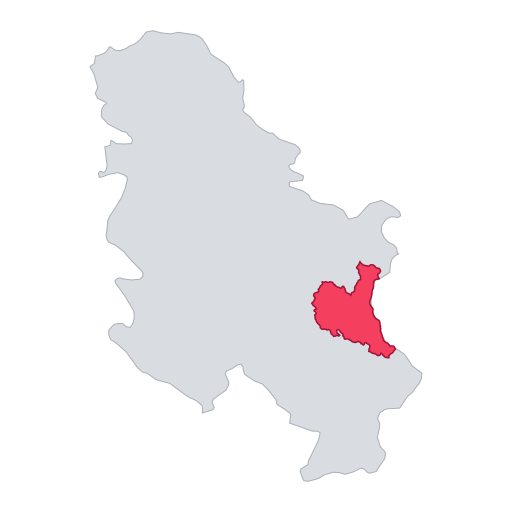 where Zajecarski sits in Republic of Serbia
{"feature_id": "SRB-844", "entity_name": "Zajecarski", "entity_type": "District", "adm_level": 1, "iso_a3": "SRB", "parent_name": "Republic of Serbia", "parent_adm1": "", "projection": "albers", "projection_center": [22.117, 43.747], "detail": "fine", "context": "in_parent", "style": "filled", "palette": "rose", "viewbox_px": 512, "rotation_deg": 0, "n_neighbors": 0, "source": "natural_earth", "source_scale": "10m", "svg_char_len": 9104}
<svg xmlns="http://www.w3.org/2000/svg" viewBox="0 0 512 512"><path d="M289.3,186.4L302.5,190.7L308.4,194.7L311.5,199.9L320.0,203.3L333.7,205.0L343.2,210.3L348.6,219.2L357.3,217.0L369.5,203.9L381.4,200.4L393.1,206.6L399.5,211.8L400.7,215.8L398.0,217.5L391.4,216.7L386.0,219.3L381.9,225.1L381.3,231.3L384.2,237.8L388.4,242.3L393.8,244.8L396.7,248.2L397.2,252.5L398.6,253.7L395.5,255.7L392.2,258.7L390.3,263.9L389.9,272.3L379.4,278.9L375.4,280.1L373.7,284.4L370.9,296.7L371.3,305.9L372.8,310.6L373.4,314.4L376.9,319.1L380.0,326.3L382.1,335.8L386.7,343.1L398.6,350.2L404.5,354.4L408.8,360.5L412.2,366.0L422.0,373.2L421.3,378.4L419.2,383.6L417.0,386.0L412.2,392.6L407.5,396.4L399.7,408.1L387.4,408.8L384.4,409.7L379.8,412.9L377.5,418.7L379.7,423.4L379.5,428.1L377.3,437.2L380.4,447.0L384.8,451.5L385.5,454.1L384.7,458.7L378.2,468.0L376.2,471.5L369.7,473.2L367.4,472.3L364.0,469.1L360.9,468.2L353.0,472.0L345.0,474.3L338.8,472.5L332.6,472.3L328.3,473.8L325.0,474.4L318.6,478.4L308.4,481.3L303.7,480.6L302.0,476.8L300.1,471.4L301.0,468.9L307.8,464.7L308.6,460.6L318.1,441.1L319.9,434.7L320.0,432.6L317.6,431.2L312.4,431.2L289.7,423.1L290.8,414.0L284.2,409.0L277.0,404.5L275.9,399.6L268.0,389.6L262.3,384.0L254.9,381.1L248.5,377.0L244.7,374.4L243.1,369.8L243.1,367.0L241.2,364.4L238.1,364.6L232.8,368.2L226.3,371.2L225.2,373.5L227.4,379.0L229.0,382.5L228.2,385.8L226.1,390.0L213.5,399.0L212.0,402.2L214.3,407.5L212.7,409.8L202.3,413.0L202.6,410.2L202.1,405.6L196.2,400.6L187.9,396.7L169.6,383.3L162.4,381.4L156.1,379.7L147.1,373.3L142.4,372.1L137.3,367.5L126.5,352.3L117.1,343.8L110.6,339.5L108.9,335.4L108.7,331.3L109.0,329.9L114.1,324.3L118.0,323.6L122.9,323.5L126.0,326.6L130.3,327.4L132.8,323.7L134.2,318.3L133.9,311.3L124.2,294.9L115.8,283.4L114.9,280.9L116.8,278.8L119.9,277.8L123.1,278.9L131.7,280.0L139.9,279.2L142.8,276.5L142.9,272.8L140.0,269.3L130.7,259.8L123.5,251.4L115.0,244.9L108.6,242.2L106.8,238.9L106.1,235.5L107.0,229.3L107.7,221.4L109.5,216.5L115.6,207.4L121.5,197.6L125.3,188.2L127.4,179.4L126.8,176.8L124.0,174.8L117.9,172.7L109.4,174.1L102.0,177.0L99.2,177.2L98.4,173.2L99.6,171.4L101.9,171.7L103.7,172.6L105.8,170.8L107.1,165.5L104.8,146.8L110.3,145.3L110.5,142.6L111.0,140.3L116.5,143.7L124.3,144.0L131.1,143.6L132.2,141.8L132.2,139.2L130.9,137.0L128.5,135.3L126.8,132.6L122.3,131.4L108.1,124.1L101.3,116.7L101.8,109.2L104.0,105.1L106.5,103.8L105.9,102.3L97.9,98.5L95.2,93.5L97.8,87.4L94.1,74.5L90.0,66.5L94.5,63.3L95.2,58.6L95.7,55.8L97.5,55.9L104.6,53.0L107.2,50.5L108.8,47.4L110.5,46.8L115.0,50.2L119.9,50.7L125.5,48.8L129.8,46.0L134.8,43.8L137.1,42.2L140.0,39.7L146.1,32.1L152.7,30.7L161.4,32.9L170.8,33.9L178.0,32.3L195.9,35.0L199.7,36.9L202.2,38.9L206.7,45.6L211.1,54.3L217.3,58.4L224.7,63.2L228.5,66.7L234.0,77.1L238.4,82.2L239.9,82.0L241.4,80.7L242.5,79.7L243.7,80.6L243.7,83.7L243.9,90.6L242.7,98.0L244.2,105.0L244.2,107.1L243.0,109.1L243.1,110.9L244.7,112.8L250.8,117.5L256.3,124.6L262.8,129.7L268.9,133.0L272.7,133.2L279.0,139.1L291.4,143.3L295.4,144.8L298.1,147.2L300.1,149.9L300.2,152.8L298.3,154.2L295.5,158.2L294.4,163.0L292.4,164.2L290.4,164.2L288.9,165.7L289.2,167.7L290.9,169.7L293.5,171.5L298.4,173.4L303.4,176.0L303.3,178.1L302.3,180.4L296.0,181.2L291.3,181.5L289.2,182.4L289.3,186.4Z" fill="#d9dde1" stroke="#a8b0b8" stroke-width="1"/><path d="M379.1,278.9L376.5,279.3L374.7,280.1L373.7,281.7L373.5,283.1L373.5,286.4L373.3,288.2L373.1,288.7L372.3,290.2L372.0,290.8L371.9,294.2L371.1,297.7L370.1,300.4L369.6,302.9L370.7,305.9L372.9,308.5L373.0,309.4L372.7,311.3L372.7,312.2L373.1,313.7L373.6,315.2L374.3,316.6L375.0,317.8L376.0,318.8L378.5,320.1L379.3,320.9L379.9,322.4L380.0,325.0L380.7,326.6L380.3,327.1L380.3,327.5L380.3,327.9L380.6,328.3L380.7,328.6L380.8,328.9L380.7,329.2L380.4,330.0L380.3,330.6L380.4,331.2L381.4,333.3L383.0,338.7L383.8,340.8L384.9,341.9L387.7,343.2L388.2,343.8L389.4,345.4L390.2,346.0L391.1,346.2L392.9,346.0L393.7,346.3L394.3,346.9L395.2,348.9L395.4,349.1L394.8,349.9L393.7,351.1L393.0,352.2L392.4,352.9L392.0,353.2L391.0,353.6L390.7,353.8L389.0,355.5L388.8,355.8L388.7,356.0L388.7,356.4L389.0,357.1L389.0,357.3L389.0,357.6L388.8,357.8L388.5,357.8L388.3,357.8L386.8,357.5L385.7,357.4L384.3,356.7L384.0,356.4L383.6,355.7L382.7,355.0L381.9,353.5L381.7,353.3L381.4,353.1L381.2,353.1L380.9,353.4L380.4,354.4L380.1,354.9L379.9,355.2L379.7,355.3L379.1,355.5L378.3,355.4L378.0,355.5L377.7,355.6L375.2,353.7L374.8,353.6L373.9,353.7L373.5,353.6L372.7,353.2L372.0,353.0L371.6,352.8L370.7,352.1L368.8,351.4L368.7,351.3L368.7,351.1L369.1,350.3L369.1,350.0L369.0,349.3L369.0,348.8L369.6,347.9L369.9,347.0L369.9,346.6L369.9,346.2L369.7,345.6L369.4,345.0L369.0,344.6L368.7,344.4L367.5,343.9L366.6,343.2L366.0,342.7L365.7,342.6L365.2,342.7L365.0,342.8L364.6,343.4L364.3,344.0L363.8,344.8L363.6,345.0L363.3,345.0L363.0,344.9L362.1,344.0L361.9,343.8L361.3,343.6L360.9,343.6L360.9,343.0L360.8,342.8L360.5,342.5L360.0,342.2L359.0,341.9L358.4,341.6L357.9,341.5L357.4,341.6L356.4,342.2L355.3,342.5L354.6,342.4L353.5,342.2L352.5,341.8L351.7,341.4L351.0,340.6L350.7,340.4L350.4,340.2L349.4,339.9L348.7,339.4L348.2,339.1L346.8,338.8L346.3,338.9L345.5,339.2L345.1,339.2L344.8,339.1L344.4,338.7L344.2,338.5L344.1,338.1L344.3,337.6L344.3,337.4L342.9,336.0L342.7,335.7L343.0,335.0L343.0,334.4L342.9,334.1L342.8,333.9L341.9,333.3L341.1,332.8L340.7,332.4L340.3,331.9L340.2,331.6L340.3,331.4L339.0,330.0L338.7,329.8L338.4,329.7L338.1,329.7L337.5,329.8L337.1,329.9L337.0,330.0L336.9,330.2L336.6,331.0L336.7,331.7L336.8,332.2L336.9,332.5L337.0,332.7L337.9,333.5L338.5,334.3L338.9,334.5L339.6,334.9L339.8,335.2L339.8,335.3L339.7,335.5L339.4,335.7L339.1,335.9L338.6,336.0L338.0,335.8L337.3,335.5L337.0,335.4L336.6,335.5L335.4,336.1L333.6,336.4L332.8,335.1L331.5,334.1L331.2,333.7L330.9,332.9L330.7,332.2L330.2,330.8L329.9,330.3L329.8,330.1L329.5,329.9L329.2,329.7L328.6,329.6L328.2,329.6L327.3,330.0L326.9,330.0L326.2,329.6L325.6,329.2L325.3,329.1L323.7,329.2L322.8,329.4L322.3,329.3L321.9,329.2L321.3,328.6L320.6,328.1L320.3,327.8L320.2,327.5L320.3,326.4L320.2,326.2L320.0,325.8L319.6,325.2L319.2,324.8L318.9,324.5L318.1,323.9L317.9,323.7L317.3,322.7L316.5,321.7L316.4,321.5L316.3,321.2L316.2,320.5L316.1,320.0L316.0,319.9L315.4,319.3L315.3,319.0L315.1,318.5L315.1,316.6L315.0,316.0L314.7,315.1L314.7,314.9L314.8,314.8L315.0,314.6L315.8,314.0L316.0,313.8L316.2,313.4L316.2,313.2L316.1,312.8L315.2,311.6L314.2,311.1L314.0,310.7L314.2,310.2L314.4,309.9L314.8,309.7L315.5,309.5L315.7,309.4L316.5,308.7L315.6,307.6L314.9,306.6L314.5,306.3L313.2,305.5L311.8,303.3L311.9,303.0L312.1,302.7L313.1,301.9L314.2,300.5L314.3,300.2L314.3,299.6L314.4,299.4L314.6,299.1L315.3,298.5L315.4,298.3L315.4,298.1L315.3,297.8L314.9,297.4L314.0,296.5L313.8,296.1L313.6,295.5L313.7,294.8L313.8,294.6L314.0,293.9L314.2,293.6L314.6,293.3L316.5,292.4L317.0,292.3L317.9,292.2L318.2,291.9L318.6,291.4L318.8,291.2L318.8,290.8L318.7,290.6L318.3,290.0L318.2,289.8L318.2,289.5L318.3,289.3L319.3,288.3L319.7,287.8L319.9,287.3L320.0,286.7L320.1,286.4L320.7,285.8L321.2,285.3L322.3,284.4L322.5,284.2L322.6,283.9L322.6,283.5L322.4,283.1L322.1,282.4L322.0,282.1L322.1,281.9L322.3,281.8L323.7,282.2L324.2,282.2L324.4,282.2L325.4,281.7L325.9,281.7L326.3,281.9L327.1,282.3L327.6,282.4L327.9,282.4L328.6,282.4L329.7,281.9L330.3,281.8L330.6,281.8L332.4,282.3L332.7,282.6L333.2,283.2L333.5,283.6L333.7,284.1L333.8,284.3L334.6,284.6L334.9,284.8L335.3,285.3L336.0,286.2L336.2,286.3L337.3,287.0L338.8,287.3L339.1,287.4L339.8,287.8L340.7,288.2L341.0,288.2L341.3,288.0L341.8,287.4L342.2,286.6L342.4,286.4L343.0,286.3L343.6,286.4L343.8,286.5L344.2,287.7L344.9,288.6L345.0,288.9L345.0,289.1L345.1,289.8L345.5,290.6L345.6,291.0L345.7,291.8L345.9,292.2L346.4,292.6L346.8,292.8L349.4,293.9L350.0,294.5L350.9,295.2L351.1,294.1L351.8,292.6L352.0,292.5L352.8,292.3L353.8,291.8L354.0,291.7L354.2,291.3L354.5,290.5L354.7,289.9L354.7,289.6L354.7,289.0L354.6,288.1L354.6,287.6L355.2,286.2L355.9,285.3L356.2,284.8L356.3,284.5L356.6,283.8L356.8,283.2L357.6,282.3L358.0,281.8L358.3,280.6L358.5,280.3L358.8,280.1L359.7,279.9L360.1,279.8L360.4,279.4L360.5,279.1L360.6,278.6L360.4,277.8L360.4,277.5L360.6,276.7L360.6,276.2L360.5,275.9L360.4,275.8L359.8,275.1L359.7,274.9L359.4,273.8L359.3,273.6L358.7,273.0L358.6,272.8L358.6,272.5L358.7,271.7L358.7,270.7L358.7,270.0L358.6,269.7L358.1,269.2L357.3,268.7L356.9,268.4L356.7,268.1L356.6,267.8L356.6,267.5L356.7,267.3L357.4,266.2L358.3,265.4L358.6,264.8L359.0,264.1L359.3,263.6L359.4,263.1L359.6,262.5L360.0,261.7L360.4,262.4L360.9,263.0L361.7,263.7L362.9,264.8L363.5,265.2L364.5,265.3L365.4,265.6L366.9,265.7L368.1,266.1L368.6,266.1L369.1,266.0L369.3,265.9L369.9,265.2L370.6,264.9L371.2,264.8L371.8,264.8L373.0,264.9L373.6,265.2L374.7,266.0L375.0,266.4L375.4,267.1L375.5,267.3L375.8,267.5L376.3,267.8L377.2,268.0L378.0,268.3L379.0,268.4L379.4,268.5L379.5,268.7L379.7,269.1L380.1,269.8L380.5,270.6L380.6,270.8L380.6,271.1L380.4,271.6L380.2,271.9L379.6,272.7L379.1,273.3L378.8,273.6L378.3,273.9L377.8,274.2L377.7,274.3L377.7,274.6L377.8,275.3L378.1,276.0L378.0,277.0L378.1,277.3L378.7,277.8L378.9,278.0L379.0,278.3L379.2,278.8L379.1,278.9Z" fill="#f43f5e" stroke="#9f1239" stroke-width="1.5"/></svg>